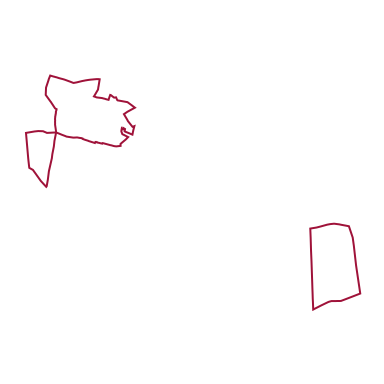 the district of Tlacolula de Matamoros, Oaxaca, Mexico, rotated 357°
{"feature_id": "50627088B27692597890470", "entity_name": "Tlacolula de Matamoros", "entity_type": "district", "adm_level": 2, "iso_a3": "MEX", "parent_name": "Mexico", "parent_adm1": "Oaxaca", "projection": "robinson", "projection_center": [-96.437, 16.857], "detail": "fine", "context": "isolated", "style": "outline", "palette": "rose", "viewbox_px": 384, "rotation_deg": 357, "n_neighbors": 0, "source": "geoboundaries", "source_scale": "gbopen_adm2", "svg_char_len": 3172}
<svg xmlns="http://www.w3.org/2000/svg" viewBox="0 0 384 384"><g transform="rotate(357 192 192)"><path d="M139.4,104.8L132.3,98.9L124.7,97.1L122.5,96.6L122.1,96.2L121.1,93.5L119.2,93.7L117.5,92.3L117.2,92.0L115.9,90.9L115.6,90.9L115.4,90.8L114.5,92.9L113.5,95.6L111.2,94.9L109.7,94.3L108.6,94.0L107.1,93.5L105.5,93.2L105.1,93.1L104.9,93.1L104.3,93.0L102.6,92.7L101.9,92.6L99.1,91.4L100.2,89.8L100.8,88.9L102.1,86.9L103.5,84.8L104.1,81.8L104.2,81.6L105.7,74.6L104.7,74.4L103.4,74.3L101.9,74.3L96.9,74.5L96.5,74.5L94.1,74.7L91.2,75.0L90.7,75.1L88.5,75.4L88.4,75.4L84.7,76.1L82.6,76.5L79.5,76.9L79.1,76.8L76.0,75.4L70.6,73.1L68.9,72.5L67.3,72.0L65.1,71.3L62.8,70.4L61.4,70.0L60.7,69.7L59.9,69.5L56.5,68.3L54.8,72.0L54.6,72.7L51.7,80.1L51.0,87.4L55.4,94.2L55.8,94.7L56.0,95.1L59.5,101.1L59.9,101.5L61.1,102.2L60.9,102.9L60.9,103.1L60.8,103.4L60.7,103.6L60.6,103.8L60.5,104.1L60.4,104.3L60.4,104.5L60.3,104.8L60.2,105.0L60.2,105.3L60.3,105.6L60.2,106.0L60.1,106.3L60.1,106.7L60.0,106.9L60.0,107.0L59.9,107.1L59.9,107.3L59.8,107.5L59.8,107.8L59.7,108.0L59.7,108.3L59.6,108.5L59.6,108.8L59.5,109.0L59.4,109.2L59.4,109.3L59.4,109.5L59.3,109.8L59.3,110.4L59.2,110.8L59.1,111.2L59.1,111.4L59.1,111.7L59.1,112.0L59.0,112.5L59.1,113.1L59.0,113.8L59.0,114.1L58.9,114.6L58.9,115.6L58.9,116.3L58.8,117.0L58.8,117.7L58.8,117.8L59.5,125.4L50.3,125.4L46.4,123.5L41.6,123.1L38.0,123.3L29.3,124.3L29.5,129.6L29.8,138.4L30.2,149.9L30.3,151.9L30.7,158.6L30.8,159.4L34.3,161.6L41.7,173.2L46.7,179.2L47.2,178.6L48.7,172.1L50.2,163.7L53.8,151.0L54.5,147.0L56.4,139.4L57.0,135.8L57.3,133.8L59.4,125.5L59.5,125.5L61.4,126.3L65.2,128.1L68.2,129.4L69.6,130.1L73.9,131.0L76.4,131.5L80.1,131.5L80.6,131.6L81.0,131.7L81.8,131.9L82.2,132.0L82.6,132.1L82.8,132.1L83.2,132.2L83.9,132.3L84.4,132.4L84.9,132.6L85.6,132.9L85.6,133.3L86.6,133.7L87.0,133.9L88.0,134.3L88.5,134.5L91.0,135.4L91.2,135.6L91.5,135.7L92.2,136.0L93.7,136.5L93.8,136.6L95.5,137.2L97.6,138.0L98.2,137.0L99.7,137.5L99.8,137.3L100.3,137.6L100.5,137.7L100.8,137.9L101.1,137.9L102.2,138.2L103.0,138.5L104.9,139.0L105.2,138.5L105.8,138.6L107.3,139.1L113.1,141.0L113.7,141.1L116.3,142.0L117.1,142.2L118.3,142.4L119.2,142.5L120.0,142.4L121.8,142.3L123.1,142.2L123.1,141.1L123.2,140.2L125.0,138.8L127.0,137.3L128.6,136.1L131.1,133.8L127.3,131.6L125.5,130.6L124.7,128.1L124.6,127.5L125.2,124.9L125.9,125.8L126.4,125.9L126.8,125.6L126.9,124.6L128.4,125.6L127.9,127.9L129.0,128.5L131.8,129.8L133.5,130.6L133.8,130.8L134.1,130.9L134.8,131.3L135.5,131.6L135.8,130.5L135.9,130.2L135.9,129.9L136.0,129.6L136.1,129.2L136.2,128.8L136.3,128.6L136.5,127.7L137.9,123.2L136.0,123.8L131.7,117.8L131.1,116.4L128.1,110.7L131.7,108.5L139.4,104.8ZM354.7,302.2L352.0,273.8L350.8,254.0L350.1,245.9L348.6,240.5L346.9,234.4L344.1,233.7L339.1,232.5L337.3,232.0L333.9,231.4L332.9,231.2L332.0,231.1L330.2,231.2L328.3,231.3L325.3,231.7L318.5,233.2L314.5,234.0L308.2,234.7L308.1,243.9L307.8,256.9L307.7,267.8L307.6,273.2L307.3,289.3L307.2,294.0L307.1,300.3L307.0,304.6L307.0,308.1L306.9,315.7L310.7,314.0L315.2,312.0L322.1,309.1L323.0,308.8L325.6,308.2L329.3,308.4L335.0,308.6L338.8,307.4L347.1,304.7L354.7,302.2Z" fill="none" stroke="#9f1239" stroke-width="2"/></g></svg>